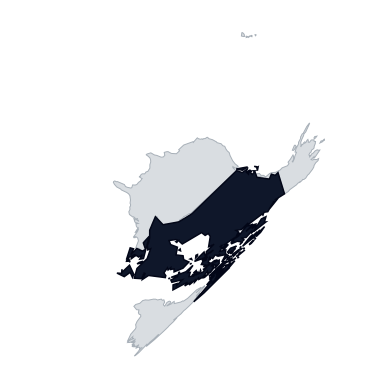 Canada highlighted, Equal Earth projection, rotated 137°
{"feature_id": "CAN", "entity_name": "Canada", "entity_type": "country or territory", "adm_level": 0, "iso_a3": "CAN", "parent_name": "North America", "parent_adm1": "", "projection": "equal_earth", "projection_center": [-89.555, 62.395], "detail": "fine", "context": "with_neighbors", "style": "filled", "palette": "ink", "viewbox_px": 384, "rotation_deg": 137, "n_neighbors": 2, "source": "natural_earth", "source_scale": "50m", "svg_char_len": 11494}
<svg xmlns="http://www.w3.org/2000/svg" viewBox="0 0 384 384"><g transform="rotate(137 192 192)"><path d="M145.3,177.2L207.0,177.2L207.0,176.1L207.8,176.1L208.1,177.6L208.8,178.1L212.6,178.8L214.8,179.6L216.6,179.3L220.1,180.0L222.1,179.2L230.0,183.2L230.3,184.0L230.8,184.3L230.7,184.6L231.7,184.4L232.3,185.5L233.3,185.9L233.0,186.4L235.5,187.8L236.6,193.1L234.5,197.7L234.8,198.4L235.6,198.9L244.2,195.3L243.5,193.4L244.6,193.0L249.0,192.9L249.6,191.8L253.2,188.8L260.9,188.8L261.0,188.1L262.7,187.5L263.8,183.8L265.2,181.6L266.1,182.4L267.5,181.9L268.7,182.8L269.2,186.8L271.4,189.4L264.5,192.8L263.1,195.3L263.2,196.9L264.2,198.5L265.2,198.6L264.8,197.5L265.6,198.1L265.5,199.0L258.7,200.3L256.8,201.2L260.3,200.6L261.0,201.2L257.8,202.1L256.3,202.1L256.3,201.8L255.7,202.6L256.4,202.8L256.0,205.0L254.4,207.4L254.2,206.6L252.8,205.7L253.5,207.3L254.1,207.9L254.2,209.1L252.3,212.9L252.7,210.6L251.4,209.4L251.0,206.8L250.6,208.1L251.2,210.1L249.6,209.6L251.3,210.6L251.6,213.7L252.3,213.9L253.1,218.2L251.7,220.6L249.2,221.6L247.7,223.5L246.5,223.7L245.3,224.9L245.0,226.0L242.4,228.1L239.9,231.7L239.6,234.0L240.1,236.3L242.2,241.6L242.2,243.0L243.6,247.0L243.5,250.6L242.9,252.7L242.1,253.1L240.9,252.7L240.4,251.2L239.4,250.4L236.4,243.6L236.9,241.3L236.1,239.5L234.1,236.7L233.1,236.2L230.6,237.7L228.9,235.9L227.3,235.1L224.5,235.5L222.3,235.2L219.3,235.9L219.8,236.8L219.8,238.2L220.3,238.8L219.8,239.3L218.9,238.8L217.9,239.4L216.1,239.3L214.2,237.5L212.0,238.0L210.2,237.2L206.5,238.2L204.2,240.7L201.7,242.1L200.3,243.8L199.6,245.3L199.6,247.6L200.1,250.4L199.1,250.5L195.4,248.7L194.2,244.7L192.8,242.8L190.8,238.5L189.1,237.2L187.0,237.3L185.3,239.9L183.3,238.9L182.0,237.9L180.8,234.3L177.3,230.6L173.0,230.6L172.9,232.0L166.0,232.0L156.9,228.1L157.2,227.4L151.2,228.0L150.9,226.4L149.5,224.5L148.4,224.1L148.3,223.2L146.9,223.0L146.1,222.1L143.9,221.8L143.3,221.3L143.3,219.5L141.3,216.2L139.9,211.8L140.1,211.1L137.8,207.4L137.9,204.8L136.9,203.1L137.8,200.5L138.2,197.9L137.9,195.6L139.3,192.7L140.9,187.3L141.3,183.3L140.7,179.5L141.1,179.0L144.1,179.9L144.8,182.7L145.5,181.9L145.3,177.2ZM125.7,127.5L115.9,147.5L117.9,147.5L119.6,148.2L121.7,150.9L124.2,149.5L126.6,148.7L127.2,150.0L129.7,152.1L131.5,156.7L134.5,158.4L134.1,160.0L132.5,161.3L130.1,159.5L130.2,157.2L128.2,155.2L127.9,152.8L122.8,152.6L120.6,151.9L117.4,149.3L112.5,148.0L109.6,148.2L104.3,146.1L101.8,146.6L101.4,148.3L97.6,148.9L92.9,150.2L93.4,148.8L95.5,146.5L98.0,145.8L97.8,145.2L94.5,146.5L92.3,148.1L88.5,149.8L89.4,151.0L86.5,152.7L81.3,154.5L80.2,155.7L76.3,157.0L75.0,158.2L71.9,159.3L70.6,159.1L63.4,161.6L59.3,162.3L59.3,161.9L67.8,158.4L70.5,158.1L72.1,157.1L75.8,155.6L78.6,154.2L79.9,152.3L81.8,150.8L79.0,151.6L78.6,151.1L77.0,152.0L76.4,150.8L75.3,151.7L75.2,150.5L72.6,151.4L71.4,151.4L72.1,150.0L73.0,149.1L72.2,148.2L69.3,148.7L67.3,147.0L68.1,145.7L67.2,144.7L68.9,143.3L71.4,142.1L72.8,140.9L74.5,140.8L75.6,141.1L77.9,140.0L79.2,140.2L81.1,139.5L81.4,138.5L80.6,138.2L82.6,137.3L79.0,137.8L78.1,138.3L76.9,137.8L74.0,138.1L71.6,137.5L71.4,136.7L69.9,135.5L78.2,133.6L79.7,133.6L78.7,134.6L82.8,134.5L82.2,133.3L80.4,132.5L78.7,130.7L76.6,130.1L78.4,129.0L81.7,129.0L84.7,128.1L85.9,127.2L88.4,126.4L94.3,125.4L95.9,125.5L99.3,124.6L101.8,124.9L102.5,125.7L103.6,125.4L106.5,125.5L106.2,125.9L108.7,126.2L110.7,126.0L118.8,127.0L121.4,126.7L125.7,127.5ZM59.9,139.5L60.8,139.9L62.1,139.7L65.0,140.6L62.8,141.3L61.3,140.4L59.5,140.5L59.1,140.3L59.9,139.5ZM48.2,270.4L49.5,272.4L46.9,274.5L46.3,274.0L46.3,271.7L47.0,270.8L47.1,269.7L48.2,270.4ZM47.0,268.0L45.8,268.7L45.2,267.5L45.5,267.2L47.0,268.0ZM45.3,266.6L45.1,267.0L43.7,266.9L44.0,266.4L45.3,266.6ZM42.3,264.7L43.0,266.1L42.8,266.3L41.8,266.1L41.5,265.2L42.3,264.7ZM39.1,263.0L38.6,264.1L37.9,263.5L38.5,262.9L39.1,263.0ZM64.8,147.3L66.3,147.5L65.9,148.4L64.4,148.8L62.6,147.7L64.8,147.3ZM88.4,153.2L89.6,153.3L90.1,154.1L85.2,156.3L84.5,155.6L84.7,154.4L88.4,153.2Z" fill="#d9dde1" stroke="#a8b0b8" stroke-width="1"/><path d="M288.9,110.3L294.1,109.8L299.8,109.8L301.7,109.6L307.4,109.5L320.3,109.6L330.9,110.2L328.2,110.5L313.3,110.6L314.2,110.7L319.9,110.6L325.1,110.9L328.0,110.7L329.6,111.0L328.3,111.5L332.2,111.2L339.8,110.8L344.8,111.0L346.1,111.4L340.0,112.0L339.3,112.2L334.2,112.4L338.1,112.5L336.1,113.9L337.2,115.2L339.9,116.1L337.3,116.1L334.9,116.5L338.6,117.2L340.0,118.4L338.2,118.6L341.5,119.8L337.7,119.9L340.2,120.5L340.1,121.1L335.3,121.3L338.4,122.4L338.9,123.2L334.9,122.5L334.3,122.9L337.0,123.3L340.1,124.4L341.8,125.8L338.9,126.1L334.1,124.4L335.5,125.6L334.0,126.6L341.4,126.7L333.6,129.8L326.6,130.5L325.1,131.3L323.7,133.4L320.4,134.8L314.3,135.9L313.3,137.2L314.0,138.7L313.6,140.2L311.2,142.0L312.8,143.7L312.5,148.0L309.8,148.1L306.1,146.2L302.1,146.2L299.7,144.9L297.6,142.6L293.2,139.9L291.7,138.4L290.8,136.5L287.5,134.6L287.6,133.1L286.1,132.3L287.1,130.1L289.6,129.3L290.0,128.5L289.8,127.1L285.6,128.3L283.1,127.7L282.5,126.5L282.9,125.5L288.4,125.9L283.0,124.2L281.3,124.5L279.7,124.1L281.1,122.5L275.3,119.2L272.9,118.6L272.7,118.0L267.8,117.2L255.4,117.3L250.2,116.0L254.6,115.6L257.9,115.6L250.6,115.2L246.7,114.8L246.9,114.3L259.0,113.2L259.6,112.8L255.0,112.5L256.3,112.1L261.8,111.4L264.2,111.3L263.4,110.9L272.1,110.6L277.1,110.6L279.0,110.8L283.1,110.4L293.0,111.0L288.9,110.6L288.9,110.3Z" fill="#d9dde1" stroke="#a8b0b8" stroke-width="1"/><path d="M134.5,158.4L126.6,148.7L121.8,150.9L119.8,147.4L115.9,147.5L125.6,127.6L135.2,129.4L134.4,128.6L146.8,126.8L140.4,128.3L138.7,129.1L139.0,129.3L150.0,125.9L153.2,128.1L155.9,126.7L155.8,128.1L174.3,130.0L171.9,131.1L181.3,130.8L186.0,133.9L185.2,131.1L189.6,129.6L184.8,129.6L188.9,129.0L204.7,131.5L202.6,130.0L204.9,129.8L207.6,130.3L208.4,132.7L206.6,132.6L207.7,133.5L207.3,132.9L208.5,132.8L208.8,132.2L208.5,130.7L212.3,129.6L206.8,126.6L210.4,123.5L215.8,126.7L213.4,127.6L217.9,128.0L216.4,128.3L218.2,130.2L222.2,129.2L223.6,132.4L228.1,129.3L226.8,127.3L234.7,129.3L232.4,129.9L234.6,132.6L231.1,134.0L228.9,132.8L228.3,132.7L227.8,132.9L230.2,134.3L224.8,133.7L226.3,134.5L223.5,136.2L219.1,134.9L215.9,134.9L224.3,136.5L222.2,138.6L211.4,138.7L217.2,140.6L209.0,147.0L208.4,150.5L212.0,151.3L212.7,155.8L234.6,160.6L235.1,166.0L236.2,168.2L241.9,172.2L243.5,168.1L240.3,161.6L246.6,156.9L242.0,151.5L244.2,148.2L242.0,142.9L250.6,142.4L259.6,145.8L257.6,148.1L260.5,149.9L259.1,151.2L262.7,151.3L261.7,153.3L267.7,152.0L268.2,148.7L269.9,147.6L280.7,160.6L287.7,161.8L281.9,164.3L282.3,165.4L288.0,163.0L293.0,168.3L284.4,173.6L270.3,173.8L260.9,178.7L263.8,179.8L260.9,183.5L258.8,184.2L254.3,187.3L249.0,192.9L235.6,198.9L235.5,187.8L222.1,179.2L207.0,176.1L144.8,177.2L142.0,171.9L135.9,171.1L138.5,169.6L136.5,168.3L138.7,168.6L138.6,166.5L136.4,168.1L135.5,169.4L136.1,163.8L132.1,164.1L134.5,158.4ZM224.8,125.2L227.9,125.1L228.1,124.1L225.9,123.5L228.8,122.2L226.7,121.7L233.3,120.7L235.8,122.2L234.8,123.6L241.8,122.3L246.6,123.4L245.6,124.8L251.5,124.3L249.9,125.5L257.5,125.9L254.9,126.9L261.4,128.3L256.7,129.1L272.7,133.4L269.2,137.0L265.4,135.3L266.9,134.1L258.8,134.4L268.3,139.7L267.5,142.1L259.6,139.7L265.4,143.8L250.8,137.8L241.3,137.7L250.0,135.8L248.1,134.4L251.9,132.2L248.4,129.4L243.3,129.4L244.9,128.4L238.4,125.9L233.8,126.8L235.2,127.5L222.4,126.5L219.6,125.1L223.8,125.2L218.6,123.6L220.9,121.2L227.4,120.6L224.5,122.2L225.4,123.6L227.6,124.6L224.8,125.2ZM252.0,110.0L265.6,110.5L240.4,113.1L244.5,113.6L237.7,113.6L244.7,114.0L232.1,115.7L239.1,116.2L234.4,117.1L219.4,116.7L224.1,115.8L222.0,115.1L228.0,115.6L229.5,115.5L231.1,114.8L222.8,114.6L224.0,113.9L229.9,113.9L232.4,113.7L224.5,112.3L234.5,113.0L230.3,112.3L240.3,111.8L237.2,111.7L240.2,111.2L226.7,112.1L224.3,112.0L229.7,111.5L222.5,111.9L219.9,111.7L224.5,111.6L227.0,111.4L216.0,111.1L252.0,110.0ZM175.3,122.5L183.4,121.9L186.8,124.1L186.6,121.6L189.7,121.5L192.5,125.1L198.8,127.3L194.1,127.6L197.0,128.5L194.9,129.2L188.2,128.0L176.1,129.8L169.2,126.9L179.4,126.4L168.8,125.8L167.6,125.2L173.4,124.3L166.9,123.9L171.9,121.7L176.1,121.4L175.3,122.5ZM270.9,188.3L268.6,182.7L265.2,181.6L262.3,188.0L253.5,188.8L272.9,176.4L276.0,178.5L270.7,180.0L275.4,180.8L276.4,185.2L284.8,188.0L275.3,193.3L273.5,190.3L279.4,187.8L270.9,188.3ZM158.4,119.7L174.1,121.0L159.6,125.0L154.8,123.5L159.6,120.6L158.4,119.7ZM215.6,111.5L222.5,112.2L226.9,113.3L216.3,114.6L211.7,113.7L216.5,113.2L207.5,112.5L215.6,111.5ZM211.4,116.2L220.5,118.1L232.1,117.6L237.0,118.9L216.1,119.3L213.4,116.9L207.0,116.4L211.4,116.2ZM176.1,116.7L192.1,117.8L179.6,119.6L176.4,119.3L182.4,118.5L171.1,118.4L176.1,116.7ZM293.8,170.1L292.0,175.4L299.3,176.3L302.2,183.9L298.9,180.5L295.9,183.3L297.7,181.0L287.6,181.1L290.7,171.5L293.8,170.1ZM198.5,121.1L202.6,120.7L206.2,120.6L203.8,121.9L207.1,122.3L206.9,123.8L202.2,124.6L196.2,122.2L200.8,122.0L198.5,121.1ZM226.5,135.1L229.1,135.9L237.5,139.5L224.1,139.9L226.5,135.1ZM208.8,120.7L218.0,120.5L209.4,123.4L208.8,120.7ZM175.5,115.6L172.2,117.0L162.5,117.2L169.5,115.7L175.5,115.6ZM205.6,116.7L204.9,118.7L196.7,117.9L199.9,117.6L198.6,116.8L205.6,116.7ZM192.8,113.5L202.0,114.0L203.6,114.8L192.8,113.5ZM134.2,172.4L140.3,173.5L144.0,178.7L134.2,172.4ZM234.7,120.8L241.1,121.0L243.2,122.0L234.7,120.8ZM201.1,128.8L207.1,128.2L208.9,129.2L201.1,128.8ZM212.6,118.7L210.8,119.3L207.3,118.7L210.3,117.9L212.6,118.7ZM206.4,113.9L210.4,114.7L204.8,113.9L206.4,113.9ZM243.2,130.3L246.2,131.8L242.5,131.7L243.2,130.3ZM181.2,114.8L185.7,114.7L179.5,115.0L181.2,114.8ZM193.1,120.9L190.2,121.4L189.0,121.0L193.1,120.9ZM285.2,182.9L285.2,186.6L286.0,185.0L287.2,186.0L285.5,187.1L283.6,186.7L285.2,182.9ZM183.8,114.0L186.3,114.4L179.7,114.4L183.8,114.0ZM281.2,176.9L278.4,176.5L274.9,174.7L278.6,175.2L281.2,176.9ZM234.2,141.4L232.3,143.0L230.6,142.5L231.5,141.5L234.2,141.4ZM126.6,165.2L129.6,163.0L128.2,165.4L126.6,165.2ZM208.1,115.3L212.7,115.1L213.4,115.2L208.1,115.3ZM197.0,117.0L195.8,117.7L194.1,117.2L197.0,117.0ZM276.5,183.8L278.2,184.2L282.0,184.6L280.4,186.0L276.5,183.8ZM238.2,142.7L239.1,144.3L237.8,143.9L238.2,142.7ZM171.7,117.2L169.2,118.0L168.2,117.9L171.7,117.2ZM218.4,115.3L217.0,115.6L216.7,115.3L218.4,115.3ZM192.9,115.2L192.9,115.8L191.6,115.1L192.9,115.2ZM126.9,165.7L128.0,166.4L129.0,168.4L126.9,165.7ZM237.5,165.5L237.7,166.7L235.6,165.9L237.5,165.5ZM202.6,112.4L203.9,112.9L202.0,112.6L202.6,112.4ZM195.2,118.5L193.4,118.7L193.0,118.6L195.2,118.5ZM193.8,116.6L195.3,116.6L196.5,116.8L193.8,116.6ZM134.0,166.1L135.2,167.4L134.6,168.0L134.0,166.1ZM249.4,130.8L247.5,131.1L246.9,130.7L249.4,130.8ZM240.5,156.8L241.2,158.5L239.5,158.4L240.5,156.8ZM177.8,114.7L177.3,115.1L176.6,114.8L177.8,114.7ZM205.3,120.2L203.0,120.6L202.2,120.4L205.3,120.2ZM241.5,140.2L242.9,140.7L240.9,140.3L241.5,140.2ZM239.1,129.0L239.4,128.2L240.2,128.3L239.1,129.0ZM225.2,130.4L224.3,130.6L224.7,130.2L225.2,130.4ZM200.2,115.1L197.8,115.1L197.7,115.0L200.2,115.1ZM236.1,127.3L236.9,127.9L235.4,127.5L236.1,127.3ZM218.8,116.3L218.4,116.7L217.7,116.4L218.8,116.3ZM229.1,134.6L231.5,135.4L229.8,135.2L229.1,134.6ZM178.1,116.2L178.4,116.4L176.5,116.3L178.1,116.2ZM268.6,144.3L267.4,144.5L267.3,144.3L268.6,144.3ZM243.0,128.1L241.9,128.5L241.8,128.1L243.0,128.1ZM228.6,135.1L227.9,135.3L227.8,134.7L228.6,135.1ZM207.7,117.8L206.9,118.3L206.6,118.1L207.7,117.8ZM257.0,141.8L256.4,142.2L255.4,141.5L257.0,141.8ZM246.3,129.5L245.8,129.8L245.6,129.6L246.3,129.5ZM237.7,117.2L236.9,117.6L236.3,117.5L237.7,117.2ZM132.7,164.9L132.6,165.6L131.6,164.6L132.7,164.9Z" fill="#0f172a" stroke="#020617" stroke-width="1.5"/></g></svg>